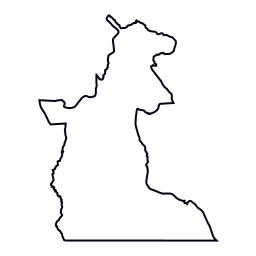 outline of Maniema
{"feature_id": "COD-1895", "entity_name": "Maniema", "entity_type": "Province", "adm_level": 1, "iso_a3": "COD", "parent_name": "Democratic Republic of the Congo", "parent_adm1": "", "projection": "robinson", "projection_center": [26.456, -2.545], "detail": "fine", "context": "isolated", "style": "outline", "palette": "ink", "viewbox_px": 256, "rotation_deg": 0, "n_neighbors": 0, "source": "natural_earth", "source_scale": "10m", "svg_char_len": 5701}
<svg xmlns="http://www.w3.org/2000/svg" viewBox="0 0 256 256"><path d="M51.2,124.4L50.6,124.3L49.8,123.5L48.8,121.8L44.9,113.6L41.2,107.9L40.6,106.4L39.9,103.6L39.4,100.2L55.0,101.0L57.2,100.5L61.1,100.0L61.9,100.1L62.2,100.2L62.2,100.5L64.4,102.2L64.6,102.6L64.7,104.0L64.6,104.5L64.0,105.5L63.9,105.9L64.0,106.4L64.3,106.8L65.4,107.4L65.6,107.4L66.2,107.6L67.4,107.9L69.3,108.1L71.1,108.0L73.3,107.5L74.7,106.8L75.2,106.4L81.7,98.2L83.0,97.1L83.6,96.7L84.3,96.3L85.3,96.0L86.1,96.0L86.8,96.1L88.7,97.0L89.8,97.2L90.6,97.2L92.8,96.6L94.5,96.4L95.5,94.7L95.8,93.8L95.9,92.8L95.8,89.8L95.9,88.8L96.7,85.9L96.7,84.9L96.4,82.9L96.4,77.0L96.5,75.1L97.7,76.4L98.3,77.6L98.6,77.9L99.5,78.5L99.6,79.2L101.0,79.6L101.9,79.6L102.4,79.5L102.9,78.9L103.1,77.9L103.6,77.1L103.6,76.6L103.2,75.7L103.3,75.4L103.6,75.0L104.5,74.4L105.0,73.7L105.1,72.8L105.3,71.6L105.0,70.8L105.1,70.2L106.0,69.5L106.8,69.1L107.2,68.8L107.4,68.5L107.2,67.8L107.2,67.6L107.7,67.3L107.8,67.1L107.8,64.9L108.0,64.3L108.4,63.5L108.6,62.8L107.9,61.3L107.8,60.8L108.2,57.0L108.6,55.5L109.2,54.9L112.3,52.9L113.3,52.2L113.9,51.5L114.0,50.9L114.0,49.6L112.9,40.3L113.0,39.2L113.3,38.6L114.1,37.5L117.6,34.0L118.2,33.1L118.5,32.4L118.4,31.3L118.2,30.7L117.0,29.2L112.7,25.8L110.9,23.6L108.9,21.6L106.9,19.9L106.7,19.2L106.7,18.2L107.7,16.4L108.1,15.7L108.6,15.4L109.2,15.5L109.6,15.9L110.0,16.0L110.4,16.8L111.6,17.3L112.9,18.6L113.3,19.4L113.6,19.7L114.3,19.7L114.8,20.0L115.7,22.4L116.5,22.7L116.8,23.3L117.8,24.4L119.3,25.0L119.8,26.8L120.6,27.9L121.1,28.2L121.6,28.3L122.8,28.0L124.7,28.0L125.1,27.9L126.6,27.1L128.2,25.4L128.7,25.3L130.5,25.1L134.1,22.8L135.1,23.1L135.8,23.0L136.0,22.8L136.2,22.4L135.9,21.5L135.9,21.0L136.1,20.6L136.5,20.4L137.8,21.5L139.2,21.7L140.1,22.6L140.8,23.0L141.5,23.2L142.4,23.1L142.7,23.3L143.4,24.2L144.6,24.8L145.0,25.2L145.4,25.8L145.3,26.7L145.8,27.7L146.4,28.3L147.3,28.8L147.8,29.8L148.1,30.1L148.9,30.4L149.4,30.8L150.0,31.0L151.8,31.4L154.6,31.7L155.8,32.2L156.5,32.7L156.9,33.5L157.3,33.9L157.6,34.2L158.1,34.3L159.2,34.0L161.5,33.2L162.2,33.3L162.7,33.6L163.2,34.7L163.6,35.1L165.6,35.0L166.8,35.1L169.8,36.6L171.6,37.2L172.3,37.2L175.6,40.8L176.0,42.5L175.8,43.2L175.4,45.4L174.3,48.4L173.9,50.7L173.6,51.3L170.5,53.5L169.9,53.8L169.2,53.9L167.2,53.9L165.0,54.2L164.7,54.1L164.4,53.7L163.8,53.5L163.5,52.9L163.2,52.7L161.9,53.3L161.0,53.2L160.5,53.3L158.6,54.8L157.9,54.8L157.0,54.5L156.7,54.7L155.5,55.6L154.0,56.3L153.6,56.8L153.6,58.6L153.2,60.2L153.3,60.4L153.9,60.9L154.3,61.5L154.4,62.8L155.4,63.6L156.1,64.3L156.3,65.1L156.2,65.7L156.0,65.9L155.6,65.9L154.8,65.5L154.0,65.7L153.4,65.2L153.0,65.1L152.6,65.4L151.9,66.1L151.1,66.4L151.1,66.8L151.5,68.3L152.5,70.1L161.0,81.1L162.9,84.8L163.8,86.1L164.4,86.9L167.3,89.3L168.9,91.7L169.5,92.4L170.9,93.3L171.5,94.1L171.8,95.6L171.8,99.0L172.0,100.0L173.5,103.0L160.3,103.8L159.5,104.2L158.9,105.1L158.6,106.9L158.1,108.6L157.6,109.3L156.8,110.2L155.8,111.1L154.0,112.3L152.8,112.8L150.7,113.5L149.8,114.1L149.4,114.0L149.0,113.3L148.8,113.2L148.2,113.7L147.8,113.7L147.5,113.4L147.2,112.8L147.0,112.6L145.9,112.6L145.5,112.4L144.2,110.7L143.8,110.5L142.8,110.3L142.0,110.0L140.9,110.1L139.5,109.7L138.1,108.9L137.4,108.9L137.2,109.1L136.7,111.0L135.9,116.6L135.5,123.3L135.5,124.3L136.0,126.7L138.3,135.0L139.2,136.9L139.5,137.7L139.6,140.1L139.7,140.5L140.6,141.3L142.6,144.2L144.6,146.1L145.3,147.9L145.1,149.6L145.6,151.3L145.8,151.7L146.3,152.0L146.7,152.9L147.2,153.8L147.1,154.7L146.7,155.2L146.6,155.7L146.8,156.1L147.5,156.3L147.6,156.5L147.4,157.6L147.5,158.6L147.5,160.3L147.6,160.8L148.0,161.4L148.0,161.8L147.9,162.3L146.4,164.1L146.2,164.8L146.6,165.7L146.6,166.5L147.2,166.8L147.4,167.2L147.3,168.5L147.7,169.1L147.7,170.4L147.9,171.3L146.3,181.0L146.3,182.3L146.5,183.3L146.8,184.3L147.8,185.9L149.2,187.9L149.9,188.6L150.9,189.2L156.3,191.2L159.4,192.6L162.6,193.6L169.5,193.5L171.1,193.8L172.5,194.3L173.9,195.4L176.4,197.9L178.0,199.0L179.4,199.7L182.8,200.9L183.6,200.9L184.4,200.6L184.6,200.7L184.3,202.3L184.4,202.9L184.9,203.1L185.6,203.0L186.0,203.1L187.1,204.0L187.7,202.6L188.2,202.0L188.8,201.4L189.6,201.0L190.4,201.0L191.1,201.2L192.8,202.6L195.1,204.2L196.9,206.7L197.5,207.4L201.6,210.5L202.4,211.3L203.1,212.3L207.9,223.0L209.7,226.2L213.2,236.4L213.8,237.4L214.5,238.5L216.6,240.6L66.0,240.5L64.9,240.4L64.1,240.1L62.3,235.9L62.1,234.9L62.0,233.8L61.9,233.6L61.0,232.9L60.3,231.2L59.2,230.5L58.5,229.7L57.8,229.2L57.0,226.8L56.1,226.1L56.4,225.7L55.8,224.6L55.9,224.0L56.7,222.0L57.4,221.1L58.2,220.5L58.8,220.2L58.8,219.8L60.3,217.4L61.9,215.8L62.2,215.2L61.1,213.0L60.7,212.7L61.4,208.8L62.1,207.6L62.2,207.0L62.2,206.4L61.8,205.7L61.6,204.2L61.7,203.7L62.2,202.8L62.1,202.4L61.1,201.3L61.2,200.8L61.4,200.7L61.6,199.9L61.6,199.6L60.9,199.0L60.6,197.3L60.0,196.1L59.7,196.0L58.9,196.6L57.5,195.2L57.5,193.3L57.3,193.0L56.1,191.9L55.6,190.3L55.0,191.0L54.2,189.6L53.8,188.8L53.6,188.1L53.8,188.1L54.1,187.8L54.2,187.4L53.8,187.2L52.4,187.1L52.0,186.9L52.2,186.7L52.5,186.2L51.8,185.9L51.3,185.5L50.9,184.0L51.5,183.6L52.4,181.9L53.5,180.3L53.4,178.8L52.6,175.6L52.5,174.1L52.5,173.8L52.7,173.7L53.2,173.6L53.5,173.5L53.7,172.5L53.6,172.0L52.9,170.7L52.8,169.9L53.5,169.6L54.3,169.5L54.6,169.4L55.0,168.9L55.1,167.8L55.6,167.7L56.2,166.1L56.8,165.6L57.6,165.5L57.9,165.0L57.7,161.3L58.0,161.1L58.6,161.0L59.6,161.0L60.1,160.6L60.3,159.0L60.4,158.7L61.1,157.9L62.0,156.0L62.2,155.0L62.1,154.0L62.4,153.1L62.4,152.9L61.7,152.5L61.6,152.1L61.9,151.6L62.2,151.7L62.7,152.3L63.1,151.9L63.2,151.4L62.5,150.5L62.5,148.8L62.7,147.9L63.1,146.9L64.3,144.8L64.6,142.9L66.0,139.3L66.2,138.5L66.2,137.6L65.4,134.7L65.2,131.6L64.8,130.0L65.4,127.6L65.7,123.5L51.2,124.4Z" fill="none" stroke="#020617" stroke-width="2"/></svg>